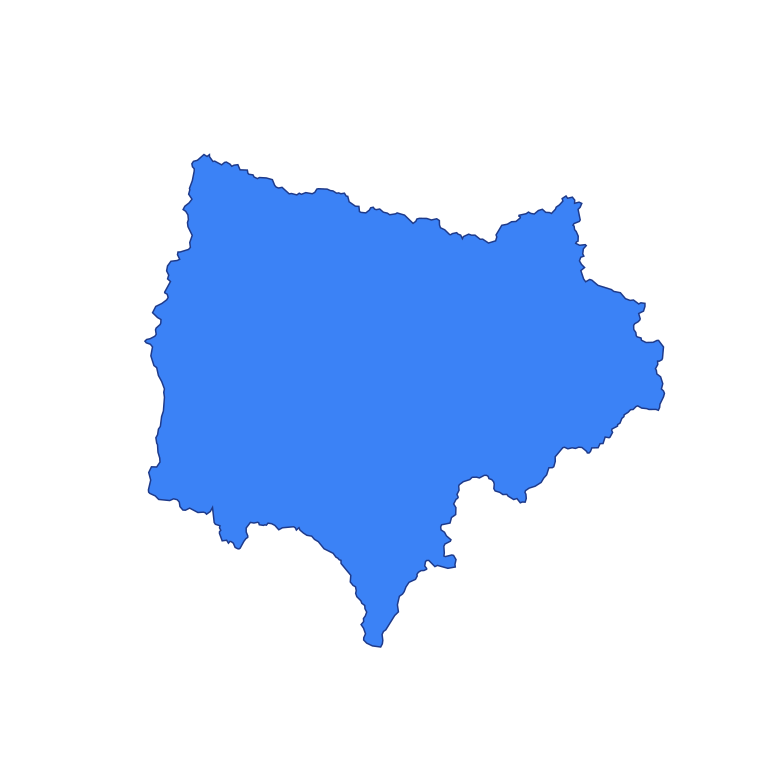 outline of Khun Yuam, Mae Hong Son, Thailand, rotated 113°
{"feature_id": "78962969B960185402947", "entity_name": "Khun Yuam", "entity_type": "district", "adm_level": 2, "iso_a3": "THA", "parent_name": "Thailand", "parent_adm1": "Mae Hong Son", "projection": "mercator", "projection_center": [97.886, 18.842], "detail": "fine", "context": "isolated", "style": "filled", "palette": "blue", "viewbox_px": 768, "rotation_deg": 113, "n_neighbors": 0, "source": "geoboundaries", "source_scale": "gbopen_adm2", "svg_char_len": 6171}
<svg xmlns="http://www.w3.org/2000/svg" viewBox="0 0 768 768"><g transform="rotate(113 384 384)"><path d="M627.4,284.3L623.8,284.0L620.5,284.9L615.3,287.9L612.0,287.8L609.6,286.3L592.9,283.7L588.1,281.7L582.0,285.4L573.4,286.9L570.1,284.9L567.3,284.3L562.2,284.5L556.8,283.5L551.5,278.7L547.8,278.4L546.4,279.3L543.9,278.8L541.3,277.0L540.1,274.4L537.9,272.4L537.1,272.7L535.6,275.4L531.3,276.4L529.8,275.8L528.9,273.8L532.2,265.8L530.1,263.9L528.7,253.2L524.6,246.9L522.3,248.2L517.5,249.1L514.6,253.0L514.9,254.8L518.9,260.1L518.9,261.7L516.1,262.4L510.0,265.5L507.5,265.4L502.8,261.5L501.2,261.5L499.4,267.2L496.8,270.4L496.0,274.5L493.4,276.0L491.1,276.0L486.2,268.9L480.5,269.7L476.2,267.0L469.7,269.5L467.2,273.0L461.9,272.6L460.6,271.6L459.2,271.5L457.1,273.7L452.5,273.4L448.7,275.4L447.2,275.3L442.9,272.8L438.5,267.7L435.4,266.4L433.6,262.4L433.2,259.5L428.9,256.0L428.0,254.0L428.3,252.1L430.1,250.4L429.9,247.5L431.2,244.9L433.1,243.4L437.4,242.0L439.0,239.9L438.5,235.1L439.3,231.4L437.6,227.8L438.7,226.0L439.7,219.5L437.5,216.9L440.1,212.1L438.6,210.6L437.6,207.9L433.8,208.3L430.0,210.3L428.7,211.9L426.9,212.1L423.1,209.7L419.0,204.9L413.2,200.9L408.2,200.2L404.1,198.8L396.7,199.5L395.2,196.3L393.8,195.4L388.3,196.1L384.1,198.0L372.7,194.5L371.7,193.1L371.8,189.4L369.2,185.9L368.5,182.6L366.1,180.1L365.1,177.0L366.9,171.1L368.0,169.9L367.4,168.3L365.5,167.6L361.6,167.7L359.0,162.0L354.5,161.8L353.2,159.1L346.4,159.7L345.5,155.8L344.7,155.2L339.2,154.7L337.8,156.3L336.3,156.5L331.5,152.6L330.0,153.1L327.9,151.5L322.7,151.6L320.3,150.4L318.5,150.9L314.6,148.2L311.3,147.0L310.1,144.7L306.3,143.2L305.0,141.9L305.5,137.4L304.0,132.5L303.9,130.2L301.1,123.7L301.0,121.2L297.9,121.1L294.8,122.1L286.5,121.7L283.0,122.2L281.2,124.0L280.2,126.7L274.8,127.5L269.3,132.2L268.1,136.8L264.9,138.7L263.9,140.1L259.1,139.6L256.1,141.1L255.4,139.5L253.1,137.7L251.5,137.7L240.7,141.2L236.6,148.3L237.2,149.7L240.5,152.6L243.4,159.0L243.1,164.1L241.2,165.4L241.7,169.3L241.1,170.6L238.2,172.3L236.2,175.4L232.5,177.1L230.6,176.8L227.4,174.4L225.0,173.5L223.8,173.7L219.6,177.1L215.5,173.6L210.6,174.1L207.8,175.3L208.9,179.3L210.8,180.8L209.2,187.2L210.9,190.1L211.1,195.1L207.6,202.1L209.0,208.7L208.2,211.5L209.6,225.6L207.2,233.2L207.4,235.5L211.1,238.3L209.4,241.2L202.7,247.1L198.4,244.9L196.7,249.0L194.3,252.2L190.5,252.4L188.2,250.0L186.6,251.9L181.7,253.3L177.6,251.9L177.1,253.2L179.9,258.2L179.6,262.5L177.9,262.3L176.7,261.2L172.0,263.0L168.5,266.7L167.4,268.9L164.4,270.7L164.0,272.1L162.1,271.8L158.0,267.7L156.3,267.5L147.4,273.6L144.7,272.5L140.5,272.5L140.4,275.5L143.2,279.2L140.2,280.3L138.4,283.6L141.3,287.6L139.8,289.9L143.7,292.5L145.7,290.8L150.6,292.5L153.9,294.6L156.2,294.5L161.6,296.5L161.5,298.6L162.8,302.2L161.3,306.5L164.0,309.7L168.8,312.1L169.6,315.5L169.3,318.2L171.7,319.7L175.9,325.6L176.7,325.5L177.0,323.7L177.9,323.5L182.8,326.0L184.8,330.0L188.7,332.9L191.9,337.6L203.0,339.1L204.6,337.6L208.6,337.2L213.4,342.9L212.1,349.7L213.2,352.0L211.4,358.4L212.8,361.5L213.0,364.6L217.3,368.5L219.6,368.6L217.0,371.6L217.1,374.4L216.3,376.2L218.9,379.9L220.5,380.9L220.8,382.0L218.3,388.4L218.1,393.1L215.9,395.1L211.9,396.9L211.3,400.0L214.5,404.5L214.9,409.3L217.7,416.2L219.3,418.2L221.8,418.3L224.8,420.0L220.5,431.1L221.4,438.8L222.8,439.8L226.0,444.9L225.4,447.6L226.1,451.7L224.6,456.3L226.5,459.2L226.7,460.9L225.5,463.0L227.0,465.1L229.6,465.4L233.6,467.6L235.1,472.5L234.8,474.0L230.3,476.5L231.5,479.8L229.9,487.3L225.4,490.7L225.8,492.2L223.8,495.0L225.7,498.0L225.8,500.4L226.9,502.2L226.2,506.4L226.9,509.0L226.8,512.4L229.9,520.7L230.8,522.0L234.7,522.6L236.9,524.4L238.4,530.8L241.7,534.2L241.5,536.6L244.0,538.1L244.8,543.6L246.0,545.6L242.8,554.7L244.8,557.6L244.9,560.1L243.9,562.2L239.5,566.6L240.3,572.8L242.6,579.3L244.4,580.8L244.2,584.5L242.7,586.3L243.7,590.3L243.2,591.6L240.5,593.4L243.1,600.2L239.2,604.2L241.2,607.6L243.1,609.2L241.8,611.6L241.3,615.8L242.3,617.3L245.7,619.1L245.0,626.9L246.0,628.4L243.0,633.4L241.1,634.3L243.7,635.8L243.1,639.4L251.0,643.2L253.5,646.4L256.4,646.9L258.9,645.2L260.0,642.8L262.2,641.9L271.7,639.9L280.0,639.5L281.1,638.6L285.6,638.0L288.9,633.0L293.5,634.2L298.2,636.8L301.9,637.1L302.5,634.0L304.9,630.6L309.1,628.3L312.2,628.0L315.8,625.9L322.1,618.6L329.6,618.1L333.9,615.6L336.5,616.5L342.1,623.2L343.0,625.2L345.7,624.6L349.0,620.8L351.1,622.6L354.3,628.1L359.9,629.4L364.8,628.3L367.9,624.7L371.8,624.3L373.1,620.6L385.1,621.8L385.7,621.5L386.1,618.6L388.7,616.5L391.4,616.9L396.6,619.9L401.8,624.4L408.8,624.9L411.3,618.5L411.8,614.5L415.1,613.3L416.7,613.3L421.5,615.6L423.4,615.5L427.3,613.1L429.6,613.6L433.7,617.0L435.8,619.9L438.0,620.8L439.0,618.9L438.7,614.6L440.3,611.6L449.2,609.6L456.9,603.0L457.8,599.6L464.3,595.0L468.6,589.6L474.3,584.2L477.7,583.5L482.0,580.9L495.1,576.5L500.9,576.0L510.4,573.3L513.7,574.0L519.1,572.6L522.6,573.0L527.3,570.1L528.3,568.8L535.1,565.4L539.8,561.5L543.4,559.7L549.2,560.8L551.1,565.7L557.4,566.0L563.6,561.2L573.5,559.5L575.5,558.4L576.2,556.8L576.4,550.8L578.3,546.3L575.0,535.7L571.9,532.8L571.3,529.1L572.7,526.3L576.6,523.9L578.6,519.9L577.8,517.5L574.2,514.4L575.0,505.1L572.5,500.1L572.4,498.1L573.2,496.5L569.3,494.1L564.7,493.6L577.8,486.2L579.0,484.4L578.6,479.6L580.7,479.2L582.4,477.1L584.3,477.7L585.8,477.1L591.6,471.7L589.3,467.8L591.3,465.0L589.1,464.3L588.8,463.1L589.4,460.5L592.6,457.2L592.8,454.4L592.5,453.1L591.4,452.3L583.6,451.5L580.3,450.7L578.5,449.5L577.1,450.0L574.1,453.0L570.4,454.6L563.6,452.9L562.8,449.4L560.6,446.2L560.7,445.1L562.3,443.8L561.2,439.6L560.2,438.7L559.9,437.1L557.4,436.4L556.5,432.9L556.8,429.2L559.3,423.9L556.0,421.3L550.7,411.4L551.0,409.5L552.7,407.6L549.5,406.1L551.3,404.3L552.7,399.9L553.4,395.9L552.3,391.1L554.2,387.3L554.8,382.8L559.1,374.8L559.7,364.7L562.2,360.5L562.3,358.6L563.3,356.5L563.1,354.7L566.0,353.4L573.1,339.8L579.4,337.7L581.5,333.8L581.8,331.0L585.1,328.8L587.8,328.3L590.4,325.9L592.6,320.6L594.5,318.8L595.4,315.2L598.3,313.7L600.7,310.8L604.9,310.6L607.9,311.3L610.6,309.9L614.4,311.1L616.8,307.4L621.2,303.4L625.5,303.5L627.6,302.7L629.3,298.7L629.6,292.3L627.4,284.3Z" fill="#3b82f6" stroke="#1e3a8a" stroke-width="1.5"/></g></svg>